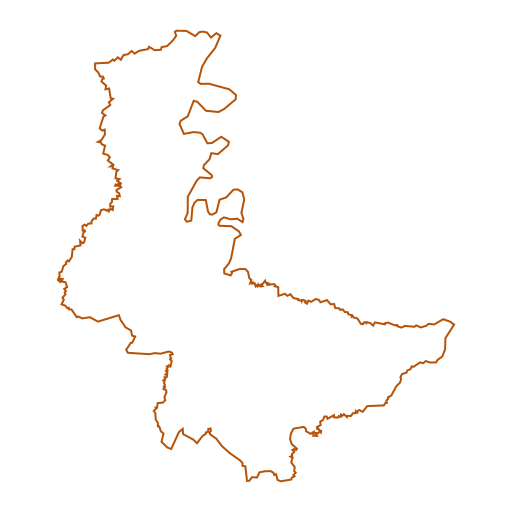 outline of Na Yia, Ubon Ratchathani, Thailand
{"feature_id": "78962969B61476236421292", "entity_name": "Na Yia", "entity_type": "district", "adm_level": 2, "iso_a3": "THA", "parent_name": "Thailand", "parent_adm1": "Ubon Ratchathani", "projection": "mercator", "projection_center": [105.071, 15.065], "detail": "fine", "context": "isolated", "style": "outline", "palette": "amber", "viewbox_px": 512, "rotation_deg": 0, "n_neighbors": 0, "source": "geoboundaries", "source_scale": "gbopen_adm2", "svg_char_len": 6015}
<svg xmlns="http://www.w3.org/2000/svg" viewBox="0 0 512 512"><path d="M454.1,324.6L450.0,321.6L443.2,319.2L434.1,324.5L428.6,323.8L426.3,325.8L420.7,327.4L416.2,325.4L414.4,326.8L405.0,325.9L401.4,327.6L397.3,326.2L397.2,325.0L394.7,325.3L388.2,322.6L385.2,323.1L385.0,324.3L374.9,322.4L373.1,325.6L370.4,323.1L367.2,322.3L366.4,323.2L365.9,322.1L363.7,322.6L363.1,324.1L360.8,323.8L357.5,318.5L353.5,317.4L352.7,316.0L351.8,316.6L352.0,315.2L348.3,314.3L347.8,312.3L344.8,312.0L342.7,309.4L340.1,309.9L339.2,308.3L335.3,308.1L334.1,304.0L330.6,304.3L327.0,300.1L320.4,302.3L318.9,299.9L315.8,299.0L311.2,301.8L308.4,300.6L307.0,303.7L304.9,302.4L305.7,301.1L304.4,300.3L302.5,300.0L301.9,301.2L301.6,300.0L300.1,300.6L298.2,300.1L298.3,299.0L293.5,298.2L290.4,294.2L287.3,295.8L284.9,293.8L278.4,295.9L278.2,287.1L274.8,286.3L275.4,285.4L274.2,284.1L267.3,284.9L266.8,284.0L268.2,283.3L265.6,282.3L265.1,280.7L261.7,285.1L262.6,286.2L260.8,286.5L260.8,284.7L259.1,285.8L258.2,284.4L257.5,286.2L256.8,285.3L255.7,286.4L254.8,283.5L253.2,283.4L253.7,281.8L252.0,283.6L251.4,282.3L250.3,283.0L251.4,280.0L249.3,278.2L248.0,271.8L245.4,269.1L240.0,268.9L231.4,271.8L232.0,273.1L230.6,275.4L224.3,273.4L224.1,269.2L229.0,263.3L231.1,258.4L234.8,238.9L240.9,234.9L238.9,231.4L231.4,226.2L219.9,225.8L218.5,224.9L218.5,222.9L220.8,219.3L224.0,217.4L230.6,219.3L237.3,218.7L242.5,222.1L243.4,218.7L241.4,213.0L244.2,199.5L242.4,192.3L237.7,189.4L233.5,189.7L226.2,197.4L219.6,199.7L216.4,212.3L212.3,214.6L209.8,214.3L208.0,211.4L205.8,200.0L197.6,199.9L194.6,202.6L192.4,207.5L191.3,220.6L186.8,221.7L184.9,219.3L187.7,212.8L187.8,196.7L196.8,180.5L199.9,177.4L210.3,178.3L212.0,177.0L211.7,175.1L203.3,168.2L203.9,165.2L209.6,159.1L211.3,153.2L217.9,154.1L228.1,145.3L228.9,141.8L221.3,136.8L211.9,143.0L207.4,143.3L202.5,134.3L200.0,132.7L193.6,132.1L183.9,133.9L179.5,123.9L180.8,120.7L187.8,116.3L193.7,100.8L197.3,101.8L206.0,110.8L218.5,112.0L224.1,109.0L235.6,99.4L236.0,95.0L229.3,89.3L208.7,83.7L200.6,83.9L198.2,82.0L202.1,66.7L207.1,58.1L215.2,47.9L220.4,35.6L216.4,33.2L210.9,37.5L207.0,32.5L202.6,31.6L199.3,32.2L195.2,36.1L186.4,30.9L176.5,30.7L174.9,31.8L176.2,35.8L173.0,40.3L167.1,46.1L161.7,47.1L160.8,49.8L154.6,50.2L149.1,46.8L148.1,49.1L139.2,50.8L134.7,53.6L131.6,51.0L128.1,54.2L123.5,55.1L120.8,59.8L117.8,57.3L114.3,60.8L112.9,59.5L108.8,62.7L95.1,63.4L95.1,69.4L98.3,72.5L100.1,76.5L102.9,76.6L103.8,78.5L102.5,78.9L101.4,81.4L106.2,85.7L105.5,89.3L109.1,88.5L110.7,98.3L113.0,98.8L108.9,102.2L110.3,105.0L102.9,110.3L102.0,112.8L105.4,115.5L103.4,116.6L99.7,128.5L102.3,130.6L104.7,129.6L104.9,134.5L101.6,139.9L98.0,141.9L101.1,142.6L101.7,144.2L105.1,145.7L103.2,153.6L107.8,155.0L109.8,157.2L107.8,160.5L113.2,164.6L110.8,166.3L113.0,166.1L112.5,168.4L118.1,170.1L116.4,171.9L115.5,178.3L119.4,179.1L117.2,180.9L120.9,183.5L120.1,184.7L118.8,183.4L116.9,185.0L115.6,184.5L115.2,185.7L120.2,185.9L121.2,187.2L116.5,189.9L116.6,191.6L119.2,193.3L119.8,196.2L117.0,195.9L117.6,198.9L112.1,199.1L111.8,202.3L110.3,203.7L110.2,206.4L113.2,206.4L112.7,210.0L110.5,208.7L108.9,211.3L107.9,209.7L106.9,210.7L104.0,209.3L101.0,210.1L99.8,214.5L98.1,215.7L96.6,215.0L95.8,218.7L93.6,218.5L91.4,221.6L91.5,223.4L88.2,223.7L86.3,225.9L84.6,224.6L82.5,226.0L82.7,230.5L84.6,230.3L85.1,231.4L83.6,232.3L82.4,236.6L85.3,237.7L84.0,242.5L82.4,243.2L80.1,240.8L80.5,245.4L74.6,246.7L74.4,249.1L72.6,249.2L71.8,256.9L68.9,261.4L67.8,260.4L65.9,262.3L66.2,263.9L63.3,266.2L61.7,271.8L59.4,272.5L59.6,275.8L57.9,279.9L59.8,281.7L60.2,278.6L62.7,279.0L61.7,281.6L65.5,282.2L67.1,287.1L64.2,288.9L65.9,290.9L64.7,292.3L65.5,294.3L62.5,297.7L63.8,299.7L61.6,304.4L65.3,305.6L67.0,307.9L68.7,307.7L68.8,309.3L71.5,309.5L76.8,317.2L78.0,316.5L82.4,318.4L89.8,317.2L98.0,321.6L118.9,315.2L120.5,319.8L125.5,327.3L131.0,330.5L132.1,335.7L135.2,336.5L132.3,342.7L130.8,342.8L126.2,349.8L127.9,352.8L149.5,354.2L154.7,353.1L160.6,353.7L168.8,351.5L172.0,352.7L172.7,354.2L170.1,355.0L170.6,358.4L171.8,357.8L170.1,359.5L171.7,361.0L170.4,366.5L168.9,365.2L166.9,366.5L167.9,367.3L166.6,368.7L167.6,370.5L166.0,371.0L167.4,373.0L165.6,374.5L167.0,374.8L166.7,377.2L164.6,377.3L165.1,378.8L163.6,380.3L164.7,380.4L164.0,382.9L164.9,385.0L163.8,386.7L165.0,387.2L163.6,389.1L166.0,390.1L166.5,392.1L164.4,397.4L165.3,400.2L162.9,402.6L157.7,403.1L157.0,407.7L155.7,407.6L156.1,408.5L153.8,410.9L155.4,413.4L155.7,419.5L157.9,422.9L157.9,426.3L159.2,426.4L160.9,431.4L163.5,433.4L161.5,441.8L167.2,447.4L171.2,449.0L178.9,432.1L182.7,428.9L183.1,434.1L193.3,439.6L197.0,443.2L202.4,436.1L205.8,433.8L205.8,432.5L208.1,431.7L208.2,429.1L210.5,428.4L211.0,430.7L209.5,432.9L210.2,434.4L216.3,438.7L222.0,446.2L229.8,453.1L240.7,460.9L242.6,463.3L242.5,465.8L245.4,466.4L247.0,480.9L249.3,480.8L252.0,477.2L257.0,477.5L259.5,472.3L264.5,471.3L270.5,471.1L273.4,472.7L274.2,475.0L276.0,474.1L277.6,480.0L280.9,481.3L291.2,479.5L291.8,477.7L294.5,476.3L293.4,475.0L295.7,472.7L294.2,471.2L294.7,467.0L291.2,462.4L292.6,457.8L290.6,456.6L292.2,456.0L291.8,454.3L294.3,451.9L292.5,449.9L293.8,449.1L296.1,450.0L297.0,448.8L291.6,443.9L290.0,439.1L290.9,433.7L293.4,428.7L303.7,426.9L305.8,428.8L306.0,431.2L310.6,433.8L313.7,431.9L313.2,435.7L317.0,435.9L315.4,432.9L317.9,433.4L319.8,431.3L320.8,432.5L321.2,430.9L317.3,428.9L318.2,428.3L317.0,427.0L320.6,425.1L320.2,421.7L322.9,420.1L324.3,416.5L326.7,416.5L327.5,418.8L333.9,415.2L333.9,417.3L338.0,417.6L338.7,416.1L340.7,416.9L341.0,414.6L342.6,415.7L343.9,414.2L346.9,417.0L347.1,415.9L350.9,416.0L352.9,413.2L355.3,413.2L355.8,411.2L357.6,413.4L357.2,411.3L359.1,410.0L362.7,411.8L367.2,406.1L383.9,405.4L385.4,402.9L386.9,402.8L386.3,400.6L388.4,398.5L388.0,397.3L391.3,395.5L396.4,386.1L400.1,382.5L401.1,379.1L400.4,377.3L402.0,374.0L406.4,372.7L407.4,370.4L410.5,369.2L411.7,366.4L413.5,366.8L420.1,362.4L423.1,363.2L425.8,361.1L429.9,362.5L436.1,362.4L437.5,359.9L442.2,356.6L445.1,349.3L445.4,338.2L454.1,324.6Z" fill="none" stroke="#b45309" stroke-width="2"/></svg>